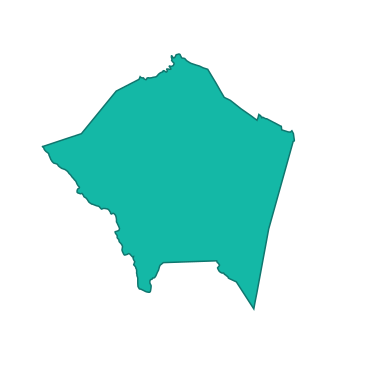 outline of Santo Domingo de Morelos, Oaxaca, Mexico, rotated 155°
{"feature_id": "50627088B71726094382652", "entity_name": "Santo Domingo de Morelos", "entity_type": "district", "adm_level": 2, "iso_a3": "MEX", "parent_name": "Mexico", "parent_adm1": "Oaxaca", "projection": "equal_earth", "projection_center": [-96.614, 15.843], "detail": "fine", "context": "isolated", "style": "filled", "palette": "teal", "viewbox_px": 384, "rotation_deg": 155, "n_neighbors": 0, "source": "geoboundaries", "source_scale": "gbopen_adm2", "svg_char_len": 4334}
<svg xmlns="http://www.w3.org/2000/svg" viewBox="0 0 384 384"><g transform="rotate(155 192 192)"><path d="M280.7,126.5L280.3,126.1L279.6,125.7L278.8,124.8L278.0,123.8L277.1,122.7L276.3,121.6L275.3,120.6L273.6,119.4L272.9,119.1L271.9,119.3L270.9,120.6L269.7,122.4L268.7,124.2L268.6,125.1L268.7,127.1L268.1,128.6L267.3,129.7L266.3,130.1L265.7,129.9L265.2,129.8L264.8,130.1L264.1,130.6L263.5,130.4L262.8,130.2L261.9,130.3L260.9,130.8L259.8,131.6L258.5,132.8L256.9,134.2L255.5,135.2L254.2,136.7L253.2,137.9L251.9,139.1L247.8,140.1L198.7,119.2L198.8,118.4L198.9,117.4L198.3,116.4L198.1,115.0L197.9,114.3L198.1,113.9L198.8,113.5L200.2,112.8L200.8,112.6L201.0,112.1L201.0,110.7L200.9,109.0L200.6,108.1L200.2,107.3L199.4,106.2L198.6,105.6L197.8,105.3L197.5,105.0L197.4,104.5L197.4,103.6L196.5,102.7L196.4,101.9L195.4,100.2L195.3,99.5L195.4,98.8L195.0,98.0L189.8,91.8L185.4,59.9L181.3,65.7L176.1,72.8L138.1,126.1L78.9,195.1L77.7,195.1L77.4,195.6L75.4,202.1L75.6,205.3L77.5,204.7L79.4,205.8L84.4,210.4L83.3,213.8L83.6,214.0L93.3,226.8L94.3,227.3L96.3,229.9L97.3,229.7L97.6,232.3L98.0,232.2L98.6,234.0L99.2,233.4L100.1,232.2L100.8,231.4L101.5,230.7L102.4,230.1L102.8,229.6L106.4,236.3L109.7,242.0L112.6,247.0L118.5,258.8L122.8,264.1L123.5,271.5L124.2,280.3L125.1,288.8L125.9,296.6L129.4,299.8L132.0,303.0L134.5,305.2L138.7,309.2L140.3,311.6L140.5,311.9L141.4,313.4L141.9,315.2L142.2,316.1L143.4,317.0L144.1,317.3L144.5,317.8L144.7,318.4L144.7,319.7L144.8,320.7L144.7,321.5L144.9,322.0L145.4,322.5L145.9,322.7L146.8,322.8L148.3,323.1L149.5,322.1L150.9,321.2L151.7,321.2L152.2,321.4L152.7,323.9L153.0,324.1L153.5,323.4L153.8,322.6L154.0,321.0L154.4,320.3L154.9,319.8L154.3,317.5L153.9,316.5L154.1,315.7L155.6,314.5L157.4,314.5L158.3,315.0L159.2,315.7L159.6,315.3L159.1,313.8L159.1,312.7L159.3,312.3L160.0,312.4L161.3,313.3L162.5,314.0L162.9,314.1L163.1,313.9L163.1,312.9L163.2,312.2L163.6,311.8L164.5,311.5L164.9,311.8L165.4,312.7L166.0,313.7L166.6,314.0L167.3,313.8L167.3,313.5L167.8,313.3L170.4,313.4L172.6,312.9L173.8,312.3L174.7,311.9L175.4,311.8L176.0,311.6L177.4,312.0L178.5,312.3L179.3,312.5L180.2,312.6L182.1,313.2L183.3,314.0L184.5,314.3L185.0,313.9L185.7,313.3L186.2,313.2L186.7,313.6L187.6,314.8L187.7,315.9L188.4,316.1L189.4,317.0L190.0,317.4L190.3,318.4L192.4,316.5L218.0,315.5L267.6,291.6L280.3,293.1L308.1,296.3L308.6,296.9L307.7,294.7L307.9,293.1L307.7,292.0L307.2,290.4L305.9,288.0L305.7,286.8L306.0,286.0L306.1,283.1L306.2,281.2L305.9,278.9L305.4,277.4L305.2,276.8L304.6,276.2L303.7,275.5L302.5,274.3L302.2,273.7L302.1,272.3L301.7,271.3L301.0,270.0L300.2,268.6L297.2,265.6L296.9,264.7L296.4,264.0L295.9,262.6L295.6,260.7L295.3,260.0L294.8,258.7L294.6,257.6L294.5,256.8L294.3,256.1L294.2,255.5L293.8,254.7L293.6,253.8L293.5,253.0L292.9,251.5L292.7,250.4L292.8,248.3L292.8,247.3L292.5,245.4L292.0,244.2L292.0,243.9L292.1,243.7L292.4,243.4L292.8,243.2L294.0,243.1L294.7,242.7L295.5,241.9L296.2,240.6L296.2,240.3L296.0,239.6L294.6,238.2L293.8,237.5L292.6,237.3L292.3,237.2L292.2,236.7L291.9,235.4L291.9,233.7L291.8,233.1L291.4,232.6L291.1,232.1L290.8,231.9L290.6,231.2L290.1,229.6L289.9,227.8L289.7,226.4L289.1,225.2L288.5,224.2L287.8,223.2L287.2,222.9L286.1,221.7L284.5,220.0L282.7,218.6L282.2,217.7L281.7,215.9L281.4,215.0L281.0,214.6L279.9,214.7L279.2,214.5L277.7,213.8L276.9,213.1L276.2,212.7L275.8,212.4L275.1,211.3L274.9,210.7L274.5,208.0L274.8,207.0L274.8,206.8L274.6,206.5L274.1,206.0L273.5,206.2L272.4,206.0L271.7,205.2L271.2,203.4L271.2,202.8L271.3,201.9L271.6,200.5L272.1,198.9L272.7,197.7L273.1,196.8L273.0,196.3L273.0,195.1L273.0,194.2L273.0,190.8L273.1,189.6L273.7,188.8L274.2,188.3L275.2,188.1L276.8,188.2L277.8,188.4L278.4,188.5L278.7,188.0L278.8,187.0L278.5,185.4L278.2,184.1L278.6,183.3L279.0,182.6L279.1,182.0L279.0,181.2L278.7,180.7L278.5,179.8L278.9,178.2L278.9,177.4L278.4,176.0L278.0,174.4L277.9,172.8L278.1,171.8L279.4,169.9L280.0,169.0L280.2,167.5L280.2,164.8L280.1,164.0L279.9,163.5L279.5,163.2L278.2,163.0L276.8,162.8L275.6,163.0L275.0,162.6L274.6,162.1L274.1,160.5L273.4,158.3L272.3,158.2L273.5,156.5L273.5,155.6L273.5,154.8L273.3,153.1L274.5,151.8L275.6,150.7L274.9,148.4L274.9,147.5L275.1,146.7L275.0,145.3L275.8,143.2L276.5,142.0L276.8,140.4L277.3,139.3L277.3,138.1L277.6,136.7L278.2,135.5L279.2,133.3L280.0,131.5L280.9,129.1L280.7,126.5Z" fill="#14b8a6" stroke="#0f766e" stroke-width="1.5"/></g></svg>